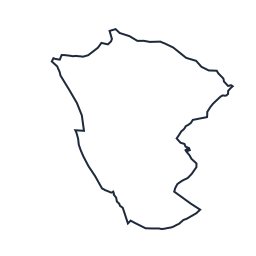 Girei, Adamawa, Nigeria (Albers equal-area conic projection), rotated 15°
{"feature_id": "59680162B61760155439631", "entity_name": "Girei", "entity_type": "district", "adm_level": 2, "iso_a3": "NGA", "parent_name": "Nigeria", "parent_adm1": "Adamawa", "projection": "albers", "projection_center": [12.503, 9.423], "detail": "fine", "context": "isolated", "style": "outline", "palette": "slate", "viewbox_px": 256, "rotation_deg": 15, "n_neighbors": 0, "source": "geoboundaries", "source_scale": "gbopen_adm2", "svg_char_len": 1908}
<svg xmlns="http://www.w3.org/2000/svg" viewBox="0 0 256 256"><g transform="rotate(15 128 128)"><path d="M195.6,212.8L197.4,211.5L200.0,209.1L202.1,207.3L205.3,202.5L208.2,200.5L216.1,192.6L218.8,188.2L208.2,184.8L189.1,177.5L189.2,173.7L189.6,171.8L190.3,169.2L193.6,165.3L195.3,163.7L198.6,160.9L201.4,155.9L204.2,148.1L203.3,144.5L197.3,141.4L194.4,138.4L190.4,135.6L189.3,134.5L190.4,133.2L190.8,133.2L191.1,133.7L191.8,134.5L193.4,133.4L192.1,131.6L188.4,131.1L186.7,128.8L182.5,128.6L179.1,126.4L177.7,125.5L178.9,122.1L179.8,119.3L180.3,117.5L181.4,116.0L182.3,114.6L182.9,113.1L183.3,111.3L185.3,109.5L187.4,106.9L188.5,103.4L201.5,97.0L201.0,94.2L200.4,92.0L202.1,86.5L203.8,82.6L205.8,79.3L209.3,73.7L211.0,72.0L212.9,71.8L214.5,71.2L215.8,69.3L215.5,67.7L215.1,66.4L216.6,63.2L218.3,60.6L216.4,60.0L213.8,61.5L208.7,58.3L207.5,55.8L206.8,55.2L201.0,51.8L198.9,49.7L191.1,51.5L183.1,49.9L176.4,45.5L166.0,45.2L150.7,38.5L149.0,38.2L142.0,36.9L137.1,36.3L136.9,36.2L126.8,39.2L120.7,39.7L115.7,41.1L114.5,41.4L105.7,38.9L95.4,38.4L90.4,35.7L85.1,39.0L89.4,46.1L89.2,48.7L87.0,52.4L80.3,52.7L78.2,58.2L70.7,68.0L66.2,70.7L58.9,71.9L56.3,72.9L52.4,73.3L47.9,74.0L45.0,74.7L44.4,79.6L40.1,80.1L37.9,79.9L37.2,83.5L43.7,86.8L45.1,88.7L47.5,91.6L49.2,94.8L61.3,106.3L72.1,117.0L80.1,127.7L86.2,142.1L77.7,143.8L79.3,145.7L82.6,151.3L84.8,156.9L88.2,161.9L92.6,167.4L99.8,175.2L102.2,177.3L103.7,178.6L108.1,182.5L108.4,182.8L108.5,182.8L115.8,190.3L118.7,193.2L120.1,193.4L120.3,193.5L120.6,193.5L121.1,193.6L121.6,193.9L122.5,194.0L123.7,194.1L126.0,194.4L127.3,194.6L128.4,194.7L128.8,194.6L129.3,194.3L130.2,193.3L131.0,194.4L131.5,195.5L131.5,196.0L134.6,198.4L136.3,201.9L139.1,203.4L140.5,205.3L143.4,206.3L144.9,208.4L152.6,220.2L154.5,216.8L159.1,217.9L170.9,220.3L176.5,219.0L184.1,217.0L186.5,216.9L189.2,215.9L191.7,214.6L195.6,212.8Z" fill="none" stroke="#1e293b" stroke-width="2"/></g></svg>